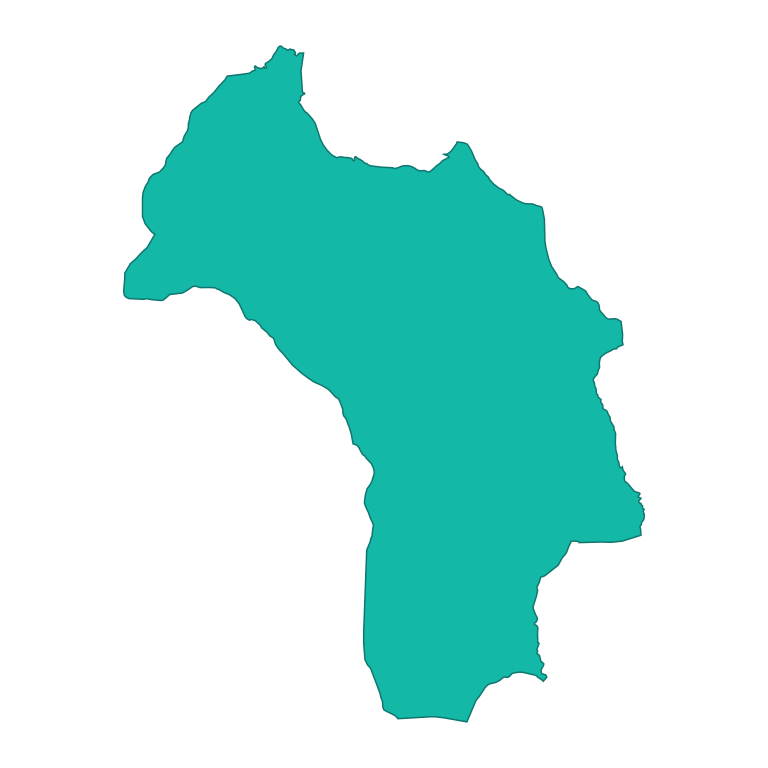 the district of Deleg, Cañar, Ecuador
{"feature_id": "8360857B48088232281675", "entity_name": "Deleg", "entity_type": "district", "adm_level": 2, "iso_a3": "ECU", "parent_name": "Ecuador", "parent_adm1": "Cañar", "projection": "mercator", "projection_center": [-78.939, -2.766], "detail": "fine", "context": "isolated", "style": "filled", "palette": "teal", "viewbox_px": 768, "rotation_deg": 0, "n_neighbors": 0, "source": "geoboundaries", "source_scale": "gbopen_adm2", "svg_char_len": 6073}
<svg xmlns="http://www.w3.org/2000/svg" viewBox="0 0 768 768"><path d="M584.0,289.9L578.0,286.6L577.3,286.7L575.3,288.2L573.2,288.8L571.4,288.8L568.2,287.9L566.8,285.0L564.0,281.9L558.2,277.5L556.8,274.4L551.7,266.6L548.8,259.4L545.8,247.3L544.9,240.7L544.4,219.3L542.6,209.7L542.0,207.8L541.3,206.8L536.6,205.6L532.9,204.0L526.9,203.8L524.5,203.5L521.7,202.5L516.2,199.8L509.3,194.3L508.7,194.7L507.3,194.3L503.6,190.5L501.6,189.3L499.5,188.5L493.8,184.2L489.8,179.8L488.3,177.1L485.3,174.4L484.4,172.6L483.3,171.3L480.7,169.2L479.2,167.6L478.2,165.7L477.8,163.8L475.6,160.7L471.3,150.6L467.8,144.9L466.9,144.0L463.8,142.8L457.2,141.9L456.4,143.9L451.4,150.9L448.3,153.4L446.3,154.4L445.1,154.1L444.0,154.3L445.8,155.2L448.1,155.9L448.9,156.8L448.5,157.7L446.9,158.2L445.1,159.5L443.8,159.9L441.7,161.4L440.0,163.3L436.6,165.8L432.2,169.8L429.8,171.6L428.8,171.9L427.9,171.9L424.3,170.5L420.2,170.8L418.9,170.6L416.9,169.8L414.8,168.2L411.2,166.4L407.6,165.6L403.5,165.8L401.7,166.2L398.1,167.7L394.9,168.5L392.0,167.7L381.8,167.2L371.0,165.9L368.4,165.0L366.8,163.6L364.5,163.1L362.9,161.3L359.8,159.3L358.2,158.7L355.8,156.7L355.3,156.7L354.6,157.5L354.5,160.4L354.2,160.7L353.7,160.7L352.8,160.0L352.1,158.8L350.8,158.1L349.5,158.1L347.7,157.5L345.5,157.6L341.0,156.8L338.8,157.1L336.7,157.7L332.6,155.5L331.3,154.5L326.9,150.0L323.2,144.8L320.6,139.7L315.2,123.3L312.5,119.2L307.3,113.2L305.8,112.4L303.6,109.8L300.7,104.9L298.7,102.5L298.6,101.9L300.1,100.5L300.4,99.7L300.7,96.6L302.3,95.1L304.5,94.0L304.6,93.4L304.1,92.9L303.0,92.6L302.4,91.6L301.0,70.6L303.6,53.0L299.5,53.1L298.9,53.4L296.8,55.9L296.3,55.9L294.5,54.5L295.3,53.8L295.5,53.2L294.8,51.5L293.7,50.0L293.2,49.7L291.4,49.7L290.5,49.1L289.9,49.1L287.9,50.3L285.9,49.0L283.1,48.0L281.5,46.3L280.9,46.1L279.7,46.2L278.3,47.3L276.0,51.8L273.8,54.6L271.8,58.9L268.4,61.7L265.5,63.4L265.1,64.9L266.5,66.8L266.5,67.5L266.2,67.9L265.2,68.4L264.6,68.1L264.4,66.9L263.9,66.8L262.2,68.4L261.0,68.5L257.8,67.8L255.1,66.0L254.5,66.8L255.2,69.1L255.0,70.2L252.1,71.2L250.0,72.9L248.3,73.4L244.3,74.0L227.2,76.1L225.0,79.8L218.7,86.4L213.8,92.6L208.9,97.1L205.6,101.5L201.3,103.3L192.7,110.2L191.0,112.6L189.7,117.5L189.6,119.1L188.4,123.7L188.3,127.9L187.2,131.2L184.3,135.9L182.5,141.9L175.1,147.0L172.6,150.1L170.2,154.0L166.8,158.2L166.1,160.4L165.4,165.0L162.9,168.5L159.5,172.0L153.1,174.4L150.1,177.5L149.2,178.7L148.0,182.3L145.5,186.1L143.2,192.1L142.5,197.8L142.5,216.6L145.2,223.8L151.3,231.6L154.8,234.5L147.0,247.7L142.2,252.0L135.2,259.5L130.5,263.5L124.9,272.9L124.7,278.9L123.7,290.9L124.1,294.6L125.4,296.6L126.1,297.2L129.0,298.6L143.7,299.3L146.8,298.7L149.9,299.4L160.5,300.5L162.2,300.4L163.7,299.8L169.8,294.5L182.4,293.0L186.4,290.8L193.0,286.4L195.8,286.2L200.2,287.6L209.3,287.5L215.5,287.9L216.7,288.8L219.2,289.7L224.0,292.5L229.1,294.5L232.7,296.9L235.1,298.7L239.2,303.8L245.0,316.3L246.4,318.2L248.2,319.6L249.4,320.1L252.0,319.5L254.1,320.4L255.2,320.5L260.3,325.3L261.7,328.0L267.0,332.2L269.8,335.9L273.6,338.2L275.3,343.6L276.0,345.2L279.0,349.4L284.2,355.0L292.4,365.0L302.6,374.0L309.8,379.2L313.8,381.9L321.8,385.4L328.6,389.5L335.6,397.0L336.7,397.5L338.5,398.8L340.2,402.3L342.8,409.4L343.0,413.7L343.8,416.0L345.4,417.9L346.8,420.5L348.1,424.6L348.8,425.8L351.2,433.7L353.1,443.9L357.0,445.2L358.9,447.6L361.1,452.0L362.6,454.4L365.0,456.3L366.8,458.8L370.6,462.8L372.1,465.1L373.5,468.3L374.2,471.3L374.1,474.0L371.7,481.7L370.4,484.2L367.1,488.8L365.4,495.0L364.5,501.4L364.5,503.2L365.3,505.8L368.6,513.0L370.1,517.5L372.8,523.2L373.4,526.4L372.9,527.9L372.0,535.8L370.8,538.9L370.0,542.3L367.2,548.8L366.7,550.8L363.7,631.9L363.7,643.4L365.0,659.8L367.6,665.0L370.6,668.3L380.0,693.2L380.8,697.0L382.5,701.6L382.8,706.7L383.6,709.3L384.3,710.2L395.1,715.6L397.2,717.6L397.9,718.7L430.0,716.8L435.3,716.8L443.9,717.8L466.9,721.9L475.2,702.3L476.4,699.9L479.3,696.4L485.3,687.3L486.5,686.0L488.1,684.7L489.9,683.8L495.9,682.4L500.2,680.1L502.5,678.0L504.0,677.1L507.8,677.3L508.5,677.0L509.5,676.4L511.8,673.8L513.3,673.0L519.7,672.1L522.6,672.3L535.3,675.2L536.2,675.6L538.2,677.5L541.7,679.7L543.2,681.3L546.3,677.9L546.8,677.0L546.2,675.6L545.5,674.8L541.8,673.7L541.5,673.2L541.1,671.1L541.3,669.4L543.5,665.5L543.8,663.8L540.8,661.0L539.5,655.5L538.4,654.5L537.0,653.8L537.6,651.0L536.9,649.2L539.0,643.8L538.7,642.9L537.7,642.5L537.5,641.6L537.8,641.1L537.5,634.6L537.8,627.6L536.9,625.7L534.8,624.8L534.4,624.1L534.4,623.5L536.2,621.9L537.0,620.3L537.3,618.0L535.5,614.5L533.2,608.6L533.1,606.7L536.4,596.3L537.7,590.3L536.7,587.9L539.5,581.6L540.7,577.0L543.2,576.5L545.0,575.6L558.3,565.1L562.1,558.1L566.3,553.0L568.6,546.9L571.2,541.5L572.1,541.1L577.8,541.3L578.8,541.9L579.0,542.6L601.3,542.0L611.1,542.3L622.4,541.1L641.0,535.2L640.6,529.4L639.8,526.5L641.2,525.0L641.7,522.2L643.3,520.3L644.0,518.5L644.3,515.1L644.1,513.5L643.5,512.7L643.2,511.1L644.2,509.3L642.8,508.7L642.5,508.3L642.6,506.2L642.4,505.7L641.1,504.6L641.0,503.4L639.2,502.8L638.9,502.3L638.8,501.2L639.0,500.7L641.0,498.3L638.6,497.1L638.2,496.2L639.7,494.3L639.9,493.6L639.4,493.0L635.4,491.8L634.0,491.0L627.6,483.4L625.2,481.5L624.5,480.6L624.3,475.9L625.5,474.7L625.6,474.2L625.0,472.9L623.1,470.4L622.3,466.8L621.6,467.6L620.9,467.7L620.0,467.2L619.2,465.3L618.8,462.0L617.7,460.3L617.3,458.6L617.4,455.9L615.8,449.8L615.7,446.5L615.3,443.8L615.6,433.6L614.0,429.3L613.9,426.8L610.3,420.7L610.0,417.1L608.7,415.3L607.1,411.3L605.0,409.7L603.2,409.0L602.9,408.3L602.8,405.1L600.6,401.7L601.1,399.7L597.9,396.8L597.8,395.0L596.9,394.2L596.5,393.1L596.0,388.5L594.8,386.3L594.4,383.0L593.3,380.5L593.3,379.5L594.2,377.6L597.3,374.1L598.2,370.5L599.4,367.9L599.6,366.5L599.3,364.6L599.5,361.5L600.2,358.4L600.9,357.0L603.5,354.7L606.3,352.9L610.3,351.0L613.6,349.0L616.4,348.8L618.1,346.8L623.0,344.8L622.3,341.5L622.6,334.4L621.1,321.5L617.3,319.3L615.2,318.7L608.6,319.1L607.6,318.8L605.9,317.6L600.3,311.1L599.4,309.3L599.4,307.3L598.9,304.8L597.9,302.7L596.0,301.3L592.8,300.3L591.4,299.3L587.9,294.8L585.9,291.3L584.0,289.9Z" fill="#14b8a6" stroke="#0f766e" stroke-width="1.5"/></svg>